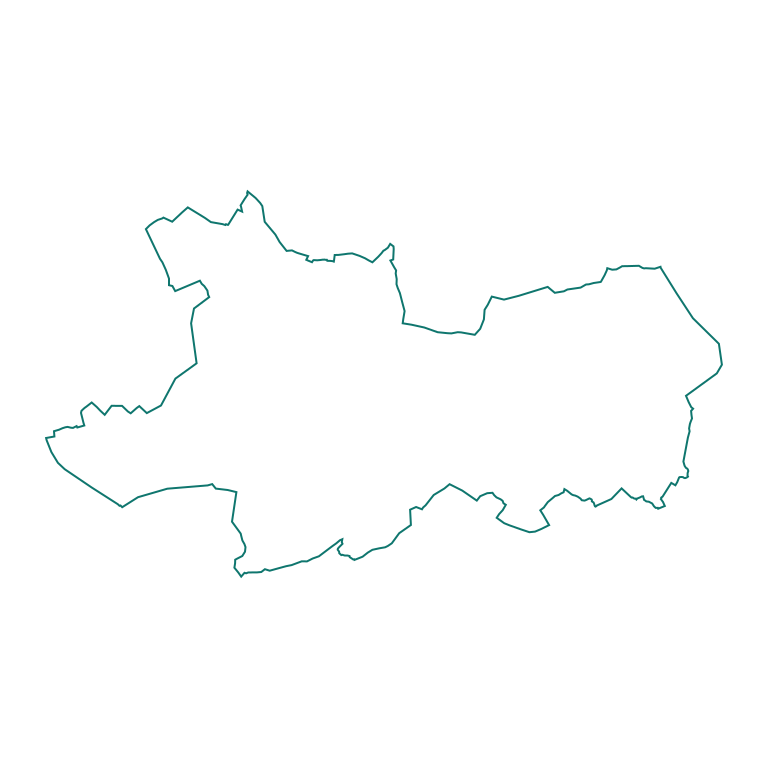 Idemili North, Anambra, Nigeria
{"feature_id": "59680162B93345317219884", "entity_name": "Idemili North", "entity_type": "district", "adm_level": 2, "iso_a3": "NGA", "parent_name": "Nigeria", "parent_adm1": "Anambra", "projection": "albers", "projection_center": [6.891, 6.127], "detail": "fine", "context": "isolated", "style": "outline", "palette": "teal", "viewbox_px": 768, "rotation_deg": 0, "n_neighbors": 0, "source": "geoboundaries", "source_scale": "gbopen_adm2", "svg_char_len": 4753}
<svg xmlns="http://www.w3.org/2000/svg" viewBox="0 0 768 768"><path d="M664.8,506.0L663.0,502.0L660.9,499.1L661.3,498.5L661.2,497.6L662.6,496.6L671.3,482.9L675.4,485.3L677.2,482.2L679.1,477.5L679.7,477.1L681.6,477.0L682.9,477.1L683.9,477.8L684.9,478.1L685.6,478.0L686.9,477.4L688.0,476.6L687.5,475.5L687.6,474.5L687.6,473.1L688.3,471.0L687.8,469.4L687.2,468.6L685.9,467.8L684.6,465.8L683.4,461.6L687.9,437.6L689.6,431.3L689.1,428.5L689.9,424.0L690.6,421.9L692.0,418.4L691.5,415.1L691.1,410.9L693.1,408.7L691.2,407.1L688.7,402.2L686.0,395.8L716.8,373.4L721.9,364.7L718.9,343.8L692.9,318.2L676.5,293.2L660.7,267.8L660.5,266.8L654.7,268.7L645.8,268.2L644.1,268.4L642.4,267.9L638.9,265.8L628.2,266.1L622.1,266.2L620.3,267.3L616.4,269.4L612.2,269.7L607.3,268.2L606.8,270.4L604.6,275.2L600.9,281.8L600.5,282.0L593.7,283.0L588.9,284.3L586.0,284.5L580.6,287.6L567.4,289.5L563.9,291.3L554.8,292.8L547.7,286.9L518.8,295.8L504.0,299.6L491.8,296.6L487.8,304.7L484.6,309.8L483.9,319.4L480.2,328.8L474.8,334.8L461.1,332.4L457.7,332.2L451.4,333.4L447.5,333.2L437.6,332.2L424.3,327.5L411.5,324.7L402.7,323.3L403.3,318.9L404.6,311.1L402.2,302.1L399.9,293.1L397.7,287.9L396.5,284.2L396.7,279.1L395.7,273.5L396.1,270.4L394.2,267.3L390.4,260.5L393.2,259.5L393.7,249.1L393.5,246.4L390.2,243.9L387.9,247.7L384.4,250.3L383.5,250.6L381.6,253.1L378.3,256.7L372.4,262.3L368.7,260.4L365.1,258.3L359.6,255.9L352.2,253.4L347.9,253.7L344.4,254.2L338.6,254.9L334.7,255.0L334.1,259.9L333.8,261.6L332.4,261.1L330.2,260.9L327.3,260.8L326.9,259.8L325.2,259.8L324.6,259.6L322.5,259.7L320.4,260.0L317.3,260.3L313.9,260.1L313.4,260.2L313.1,260.5L312.7,261.1L312.0,262.2L308.1,260.6L306.3,259.8L308.1,256.1L302.6,254.5L300.3,253.8L298.6,253.3L296.8,252.7L295.0,251.9L292.0,250.4L286.6,250.9L279.6,242.0L275.4,234.6L264.7,221.8L262.3,206.1L260.2,203.0L255.6,198.0L247.6,191.4L247.1,193.0L247.6,194.7L244.4,199.3L240.6,205.4L241.0,206.5L242.1,211.6L237.6,209.6L228.4,224.4L228.2,224.8L227.9,224.9L226.0,224.2L225.4,225.0L222.4,224.1L210.9,222.1L204.9,217.9L187.8,207.4L182.0,212.5L172.2,221.7L163.4,217.6L162.3,218.4L157.8,219.9L154.1,222.1L149.6,225.4L145.9,229.1L160.0,258.8L162.4,262.3L165.8,269.8L169.0,278.6L169.0,285.2L172.4,286.0L175.2,291.1L199.9,280.7L201.7,283.8L204.3,286.1L207.4,290.6L208.1,294.8L209.2,297.1L194.0,308.5L191.1,323.3L196.6,363.3L175.4,378.6L161.0,405.5L146.8,413.1L139.3,406.1L136.7,408.0L130.7,413.3L127.9,411.5L122.1,405.9L111.6,405.8L104.7,414.8L100.2,410.6L96.8,407.0L91.7,402.5L86.3,406.7L84.6,407.9L82.3,410.0L81.4,411.0L81.2,412.1L81.0,412.9L81.4,414.5L82.3,418.1L83.5,422.9L84.3,425.5L77.3,427.5L76.6,426.1L73.0,427.9L70.9,427.7L67.6,426.9L65.3,427.3L62.5,428.2L59.1,429.7L54.0,431.2L54.3,435.1L54.4,436.5L46.1,438.0L46.4,439.3L46.7,440.4L51.4,452.1L57.9,462.8L64.7,469.2L91.7,487.5L117.8,504.2L119.5,505.8L120.5,505.5L122.2,507.2L138.0,497.2L167.3,488.7L207.7,485.4L212.2,484.1L215.8,488.6L227.7,490.0L236.4,492.1L232.0,521.7L240.7,533.6L241.2,535.8L242.4,540.5L244.4,544.0L245.5,547.1L245.0,551.7L242.3,556.0L237.6,558.4L235.2,559.7L235.1,563.2L234.4,567.7L238.3,572.5L241.2,576.6L244.5,572.8L246.1,573.3L248.2,572.5L253.3,572.4L256.9,572.4L261.3,572.0L264.9,569.2L269.7,570.7L279.1,568.1L286.1,566.2L291.6,565.1L301.8,561.3L307.0,561.4L312.7,558.5L318.9,556.3L332.4,546.1L336.2,543.4L340.0,540.2L342.3,539.2L341.8,542.1L342.5,543.8L341.6,544.7L339.3,547.0L337.9,548.6L337.7,549.7L339.1,551.6L339.3,553.3L340.7,554.5L341.3,555.1L342.3,554.8L344.7,555.5L347.3,555.5L349.5,556.0L349.7,557.1L353.1,559.4L354.3,559.3L354.5,559.9L362.6,556.7L367.8,552.6L372.4,549.8L379.3,548.3L385.1,547.3L387.8,546.0L391.8,543.3L399.2,533.2L410.9,525.0L410.1,509.7L416.1,507.0L422.0,509.3L423.1,507.5L425.6,505.3L433.7,495.0L444.4,488.5L449.6,484.2L462.3,490.6L476.8,500.6L480.2,496.2L487.2,493.2L492.5,492.8L494.2,495.2L496.5,497.4L500.6,499.3L502.6,500.8L503.5,503.3L505.8,504.8L502.7,510.2L499.2,514.0L496.7,517.8L504.2,523.2L509.4,525.3L521.0,529.4L529.4,532.2L535.1,531.6L541.0,529.1L549.1,525.1L543.1,514.7L540.3,510.3L544.0,507.4L544.2,507.1L544.4,506.7L547.8,502.1L552.7,498.0L555.0,496.0L558.6,495.0L561.3,493.3L563.6,492.3L564.4,489.1L567.2,490.8L571.6,494.4L573.1,495.1L575.3,495.6L577.8,496.7L580.5,498.6L581.3,499.6L581.7,500.2L584.4,500.6L584.9,500.5L585.9,500.1L589.4,498.4L590.5,498.8L591.7,499.6L592.0,500.9L591.9,501.4L593.6,502.5L594.0,503.5L594.3,504.3L594.6,505.5L595.0,506.3L595.5,506.6L596.4,506.1L596.7,505.6L611.4,499.0L621.6,488.4L630.9,497.1L631.7,497.6L632.6,497.5L633.9,498.4L635.0,498.7L635.8,498.6L636.4,499.5L637.3,498.5L639.8,497.5L641.9,496.4L643.1,496.3L644.1,499.9L645.3,500.6L646.1,501.3L646.8,501.5L648.8,501.7L652.2,503.5L654.0,506.3L655.7,507.9L657.9,507.9L658.2,508.7L664.8,506.0Z" fill="none" stroke="#0f766e" stroke-width="2"/></svg>